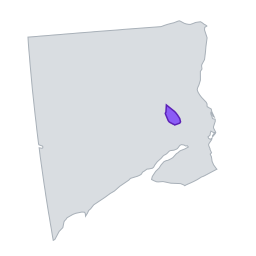 Al Fayyum on a map of Egypt (orthographic projection), rotated 83°
{"feature_id": "EGY-1542", "entity_name": "Al Fayyum", "entity_type": "Governorate", "adm_level": 1, "iso_a3": "EGY", "parent_name": "Egypt", "parent_adm1": "", "projection": "orthographic", "projection_center": [30.723, 29.357], "detail": "fine", "context": "in_parent", "style": "filled", "palette": "violet", "viewbox_px": 256, "rotation_deg": 83, "n_neighbors": 0, "source": "natural_earth", "source_scale": "10m", "svg_char_len": 3269}
<svg xmlns="http://www.w3.org/2000/svg" viewBox="0 0 256 256"><g transform="rotate(83 128 128)"><path d="M230.4,215.9L224.7,216.2L219.1,216.4L213.5,216.7L207.8,216.9L202.2,217.2L196.5,217.4L190.9,217.6L185.2,217.8L179.6,217.9L173.9,218.1L168.3,218.2L162.6,218.3L157.0,218.4L151.3,218.5L145.7,218.6L140.0,218.6L136.8,218.6L137.3,217.0L137.7,215.8L137.3,215.0L136.2,214.8L135.5,215.1L133.8,218.5L132.9,218.7L130.9,218.7L124.3,218.7L117.7,218.7L111.1,218.6L104.5,218.6L98.0,218.5L91.4,218.4L84.8,218.3L78.2,218.2L71.6,218.0L65.1,217.8L58.5,217.6L51.9,217.4L45.3,217.1L38.8,216.9L32.2,216.6L25.6,216.2L25.8,212.1L26.0,208.0L26.1,203.8L26.3,199.7L26.5,195.5L26.6,191.4L26.8,187.2L27.0,183.1L27.1,178.9L27.3,174.8L27.5,170.6L27.6,166.5L27.8,162.3L28.0,158.1L28.2,154.0L28.3,149.8L28.5,145.6L28.7,141.5L28.9,137.3L29.1,133.1L29.3,129.0L29.5,124.8L29.6,120.6L29.8,116.5L30.0,112.3L30.2,108.1L30.4,104.0L30.6,99.8L30.8,95.6L31.0,91.4L31.2,87.3L31.4,83.1L31.3,82.3L30.6,79.4L29.9,75.8L29.3,71.3L29.2,69.9L28.0,65.2L27.9,63.9L28.4,63.0L31.0,59.3L31.8,57.5L32.5,55.3L32.8,53.5L32.2,50.7L31.5,48.1L31.4,45.5L31.4,43.0L32.7,41.4L34.3,39.8L34.9,38.9L35.8,37.8L36.4,37.3L37.5,39.6L40.0,40.1L48.1,38.5L56.9,40.8L61.8,41.8L69.4,43.7L73.9,46.9L75.2,47.4L78.5,47.4L80.7,49.3L89.3,50.3L94.0,52.4L96.6,54.0L98.2,54.6L99.6,54.5L101.5,53.9L103.9,52.8L106.5,51.3L111.9,47.3L113.8,46.6L115.1,46.8L116.6,46.8L117.2,45.7L118.0,44.9L118.5,44.1L119.3,43.1L122.1,42.8L127.7,41.0L127.1,41.9L122.0,43.8L124.2,44.1L126.4,43.4L128.9,43.0L129.4,42.1L129.7,40.6L130.2,40.4L132.0,40.6L137.2,43.0L138.5,43.1L142.2,41.7L143.0,41.4L144.2,42.1L147.0,45.1L146.0,45.1L143.1,42.5L142.8,43.8L141.2,46.1L143.3,47.0L145.0,47.4L145.9,48.6L146.5,49.7L148.1,49.2L149.3,47.7L148.7,46.8L148.3,46.0L148.8,45.9L150.0,46.6L153.3,49.5L154.5,50.1L155.8,49.9L158.5,49.1L159.2,49.2L162.8,48.1L163.3,48.8L163.9,49.6L166.8,48.7L171.4,48.6L175.1,47.5L179.4,45.1L179.7,44.8L179.9,45.3L180.5,46.9L182.0,50.8L183.2,53.9L184.8,58.1L185.3,59.8L185.5,60.9L187.7,65.6L189.1,69.4L190.1,72.5L191.5,77.1L192.2,78.7L191.3,79.6L189.6,82.6L188.0,92.2L185.4,99.8L185.2,104.4L184.9,106.1L183.6,108.5L182.0,110.9L179.1,109.8L174.4,105.8L171.5,102.0L168.6,99.6L165.8,96.4L165.0,94.0L165.0,92.5L163.7,88.8L162.8,87.0L159.4,83.1L158.4,81.0L157.6,80.1L156.9,78.8L155.6,73.7L154.2,70.4L152.7,71.4L153.0,72.7L151.7,74.6L151.0,76.9L151.6,78.7L154.4,81.4L154.9,82.5L155.6,85.1L155.6,88.7L156.0,89.9L158.1,92.5L158.9,94.0L159.3,95.3L160.0,96.5L162.1,98.8L165.1,103.1L168.0,105.9L170.0,107.3L170.9,108.7L171.2,112.4L171.1,114.1L172.9,117.4L173.6,119.0L175.4,120.3L176.2,121.8L177.0,124.3L178.3,131.7L179.8,133.5L184.8,143.2L188.9,149.2L190.9,153.8L194.0,159.3L200.1,171.4L203.7,175.0L205.1,177.1L207.7,178.7L210.4,180.9L207.9,180.8L207.2,181.0L206.3,181.4L206.0,182.9L205.8,184.1L206.3,190.3L207.1,193.4L209.6,199.3L211.4,201.0L212.3,202.2L213.4,203.0L218.9,204.8L222.2,208.9L229.6,214.1L230.3,215.5L230.4,215.9Z" fill="#d9dde1" stroke="#a8b0b8" stroke-width="1"/><path d="M130.7,81.3L130.0,82.0L129.4,83.2L128.7,84.0L128.4,84.5L127.9,85.3L126.8,86.5L125.5,87.2L118.7,89.1L117.9,89.2L116.8,88.4L109.8,87.1L117.4,79.7L118.6,78.8L121.5,77.1L124.9,75.5L128.3,75.1L129.0,75.7L129.5,76.1L130.7,81.3Z" fill="#8b5cf6" stroke="#5b21b6" stroke-width="1.5"/></g></svg>